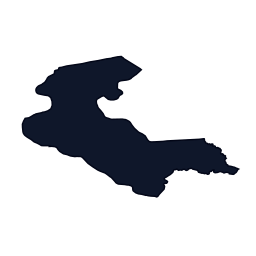 Momostenango, Totonicapán, Guatemala, rotated 83°
{"feature_id": "79465075B37040053715230", "entity_name": "Momostenango", "entity_type": "district", "adm_level": 2, "iso_a3": "GTM", "parent_name": "Guatemala", "parent_adm1": "Totonicapán", "projection": "equal_earth", "projection_center": [-91.39, 15.11], "detail": "fine", "context": "isolated", "style": "filled", "palette": "ink", "viewbox_px": 256, "rotation_deg": 83, "n_neighbors": 0, "source": "geoboundaries", "source_scale": "gbopen_adm2", "svg_char_len": 4591}
<svg xmlns="http://www.w3.org/2000/svg" viewBox="0 0 256 256"><g transform="rotate(83 128 128)"><path d="M156.2,44.9L156.3,45.3L156.3,45.7L156.3,46.2L155.9,46.4L155.6,46.3L154.7,45.7L154.4,45.8L154.2,46.1L154.1,46.9L154.3,47.3L154.7,47.7L154.7,48.2L153.9,48.6L153.7,49.1L153.7,49.7L153.9,50.0L154.0,50.5L153.6,50.7L153.0,51.1L152.4,52.6L152.0,52.7L151.3,52.8L150.8,53.4L150.0,53.6L148.9,53.6L148.1,53.6L147.9,54.0L147.9,58.6L145.6,90.8L145.6,94.8L145.0,103.2L144.8,105.4L144.7,106.4L144.5,107.3L144.3,108.0L144.0,108.5L143.6,109.0L142.1,110.1L138.0,111.9L135.6,114.6L133.8,117.5L132.9,118.5L129.1,121.7L125.8,123.7L123.9,124.6L122.8,125.1L121.6,126.1L120.5,127.6L119.4,129.3L119.0,130.9L118.5,132.6L117.4,143.3L117.0,144.4L116.2,145.9L115.1,148.5L113.9,149.9L110.7,151.0L107.4,153.0L104.6,155.0L103.3,155.5L101.8,155.7L100.6,156.2L99.0,156.3L97.4,156.2L96.4,155.8L95.6,155.2L93.4,150.3L93.1,149.0L93.1,148.2L93.4,147.7L93.7,147.2L94.8,146.3L95.6,145.5L97.1,144.1L98.0,141.6L98.3,138.6L97.9,135.9L97.3,134.5L94.6,132.4L94.0,130.7L93.7,130.0L92.9,129.2L91.6,129.2L89.9,130.6L88.4,133.0L87.6,133.7L86.9,133.7L83.1,133.1L82.2,132.9L81.5,132.5L80.8,131.6L80.4,130.5L80.2,128.8L80.2,123.4L80.0,121.5L79.5,119.8L79.1,118.9L78.8,118.9L76.9,115.5L76.2,114.4L76.2,114.0L75.2,112.5L71.8,107.7L70.6,108.8L63.0,118.3L58.7,123.7L57.8,124.2L57.1,125.4L56.5,125.5L56.2,126.0L56.1,129.8L56.5,134.9L56.8,136.4L56.8,141.0L57.5,149.4L57.8,157.8L58.6,165.5L59.0,181.3L59.7,186.5L59.7,188.7L60.1,189.4L61.7,189.9L62.0,192.9L62.4,193.8L65.0,194.5L65.3,194.8L65.6,195.4L67.4,200.5L68.7,202.0L69.9,202.7L72.1,204.6L72.9,205.7L73.7,207.4L74.5,208.5L74.6,209.3L75.0,210.6L75.4,211.8L76.8,213.6L77.9,214.4L78.8,214.7L79.8,214.8L80.6,214.7L81.4,214.5L82.2,214.0L82.6,213.5L83.1,212.9L85.0,207.4L86.2,203.1L88.4,200.9L92.4,200.1L96.2,200.4L99.6,202.2L101.2,205.4L101.9,208.5L102.0,211.1L102.3,211.6L102.8,217.3L103.0,218.3L103.5,218.9L103.4,219.6L105.0,223.1L105.6,224.6L105.8,225.0L105.9,228.9L108.5,230.8L110.6,231.9L111.3,232.3L114.4,232.6L119.1,232.7L120.6,232.4L122.2,231.6L123.3,230.7L123.6,230.3L124.6,229.3L126.3,227.2L127.6,225.5L130.3,222.9L132.0,219.9L133.9,217.2L134.8,216.2L135.2,214.3L135.9,208.1L136.7,208.4L136.9,205.8L137.7,202.6L138.8,201.0L140.9,200.0L142.9,198.6L145.7,195.2L147.0,191.6L148.7,188.5L149.9,184.2L149.9,182.4L150.6,178.0L151.9,176.6L158.3,171.9L160.3,169.7L161.6,168.3L162.0,167.9L166.0,163.1L167.4,160.9L169.9,156.2L171.4,154.5L171.7,154.2L174.3,151.6L175.0,150.6L179.4,147.5L181.0,146.5L182.4,144.5L183.7,138.1L184.4,135.9L184.7,134.2L185.9,131.6L187.3,130.6L190.2,130.7L191.1,130.4L193.4,128.0L193.8,127.1L194.1,126.4L194.5,126.0L195.4,122.6L197.0,118.5L197.0,117.7L197.6,116.4L198.3,113.7L199.0,109.8L199.9,107.8L199.4,106.7L197.5,105.0L193.1,99.7L190.6,98.8L189.6,99.0L188.9,99.6L188.1,99.5L187.5,98.4L187.5,96.6L187.0,95.8L186.1,95.3L185.3,95.8L184.1,97.6L183.3,98.2L182.5,98.2L181.7,97.2L181.3,95.9L180.4,94.2L179.3,91.7L177.9,89.6L177.0,88.6L175.8,88.3L175.0,87.2L175.1,85.7L174.7,84.8L175.1,83.9L176.1,83.2L176.0,80.8L176.4,79.8L176.2,79.1L175.8,78.6L175.8,77.4L176.1,76.5L176.7,76.1L177.2,75.4L177.0,73.9L176.5,73.3L175.8,73.1L175.9,71.8L175.6,70.7L175.7,69.7L176.6,68.9L178.4,64.3L179.1,63.7L179.8,63.7L180.5,63.3L181.9,60.1L181.9,59.4L182.0,58.8L182.2,58.4L182.6,57.9L182.6,57.2L182.6,56.6L182.5,56.2L182.7,55.7L183.0,55.4L183.3,55.2L183.6,54.6L183.6,54.0L183.5,53.5L183.3,53.1L183.0,52.9L182.5,52.9L182.0,52.8L181.7,52.6L181.4,52.3L181.2,51.4L181.2,50.9L181.1,50.5L180.6,50.0L180.5,49.6L180.2,49.2L179.9,48.5L179.9,48.1L180.2,47.6L180.5,47.6L180.9,47.9L181.2,48.2L181.6,48.3L182.2,48.2L182.6,47.7L182.9,47.2L183.0,46.8L183.0,46.2L183.0,44.6L182.9,44.0L182.7,43.4L182.6,42.8L182.5,42.4L182.5,42.1L182.5,41.7L182.6,41.2L182.8,40.7L183.1,40.3L183.2,39.9L183.3,39.6L183.7,39.0L184.1,38.6L184.3,38.1L184.2,37.5L184.0,36.6L183.9,36.2L184.0,35.5L184.2,34.6L184.3,34.3L184.5,33.8L184.8,33.3L185.2,33.0L185.8,33.0L186.7,29.6L186.8,29.2L186.7,28.7L186.6,28.3L185.9,27.4L185.6,26.8L185.3,26.2L184.8,25.7L184.2,25.2L183.1,24.4L182.7,24.1L182.4,23.8L182.2,23.3L181.7,24.1L180.9,25.7L180.0,27.0L179.4,28.7L178.7,30.3L177.8,33.4L176.9,33.5L175.9,34.9L173.9,35.2L173.4,35.7L172.8,35.9L171.2,35.7L170.0,34.2L169.6,34.6L169.3,35.0L167.6,34.7L167.4,34.9L167.2,35.1L166.6,36.9L165.8,36.7L165.4,37.0L165.1,37.5L165.1,38.7L164.8,39.1L163.5,39.0L161.6,38.3L161.1,38.3L160.5,39.1L159.8,39.1L159.4,39.5L159.2,40.7L158.9,41.0L158.5,41.0L158.3,41.5L158.4,41.8L158.4,42.2L158.3,42.9L158.1,43.3L157.8,43.6L157.0,43.6L156.6,43.9L156.2,44.9Z" fill="#0f172a" stroke="#020617" stroke-width="1.5"/></g></svg>